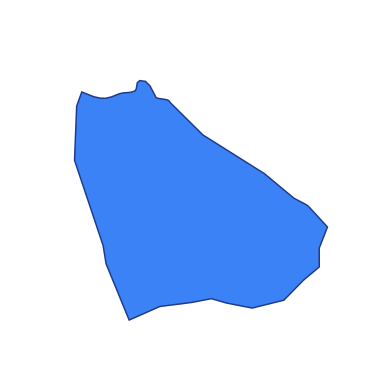 SVG path tracing the border of Zinguldak, rotated 66°
{"feature_id": "TUR-3010", "entity_name": "Zinguldak", "entity_type": "Province", "adm_level": 1, "iso_a3": "TUR", "parent_name": "Turkey", "parent_adm1": "", "projection": "mercator", "projection_center": [31.729, 41.309], "detail": "fine", "context": "isolated", "style": "filled", "palette": "blue", "viewbox_px": 384, "rotation_deg": 66, "n_neighbors": 0, "source": "natural_earth", "source_scale": "10m", "svg_char_len": 638}
<svg xmlns="http://www.w3.org/2000/svg" viewBox="0 0 384 384"><g transform="rotate(66 192 192)"><path d="M55.8,252.0L64.9,243.1L68.9,237.8L71.3,232.7L72.4,226.6L72.7,218.6L73.3,215.2L75.9,207.7L76.5,203.2L75.3,201.1L69.9,197.5L69.0,194.4L72.0,189.5L78.1,187.2L91.1,186.4L92.7,184.8L97.3,177.7L98.9,176.1L101.8,175.4L144.4,158.8L204.7,118.4L239.2,101.4L249.5,93.2L252.3,91.5L279.1,82.5L295.0,98.6L312.2,106.2L317.9,126.1L328.2,152.1L322.5,184.2L307.6,205.5L297.3,217.7L292.7,237.5L283.5,267.9L283.4,301.5L222.6,299.7L204.9,295.0L184.1,293.0L115.2,286.4L66.6,262.4L55.8,252.0Z" fill="#3b82f6" stroke="#1e3a8a" stroke-width="1.5"/></g></svg>